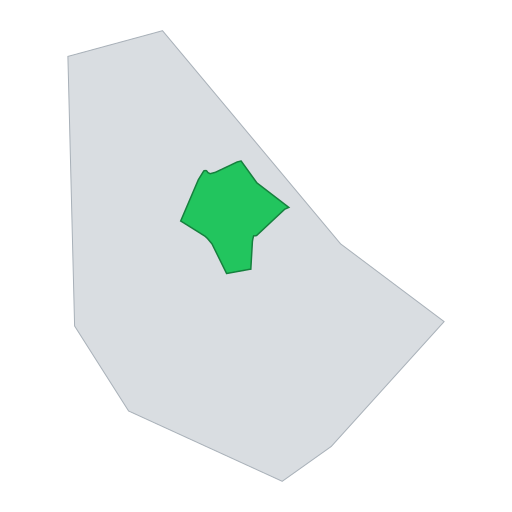 location of Saint Joseph within Barbados
{"feature_id": "BRB-1994", "entity_name": "Saint Joseph", "entity_type": "Parish", "adm_level": 1, "iso_a3": "BRB", "parent_name": "Barbados", "parent_adm1": "", "projection": "mercator", "projection_center": [-59.553, 13.212], "detail": "fine", "context": "in_parent", "style": "filled", "palette": "green", "viewbox_px": 512, "rotation_deg": 0, "n_neighbors": 0, "source": "natural_earth", "source_scale": "10m", "svg_char_len": 658}
<svg xmlns="http://www.w3.org/2000/svg" viewBox="0 0 512 512"><path d="M331.3,446.4L282.2,481.3L128.6,411.0L74.6,326.0L67.9,56.4L162.5,30.7L340.6,243.9L444.1,321.6L331.3,446.4Z" fill="#d9dde1" stroke="#a8b0b8" stroke-width="1"/><path d="M241.1,161.0L256.9,182.9L288.8,207.4L284.7,209.2L256.6,235.5L255.8,235.7L255.1,235.8L253.6,235.8L252.8,239.1L252.4,241.6L250.8,269.2L249.6,269.3L226.6,273.5L212.0,243.9L207.4,238.4L205.0,236.2L180.7,221.0L198.4,179.6L203.8,170.9L204.8,170.6L205.5,170.6L206.1,170.6L206.6,170.9L207.0,171.3L207.6,172.2L208.1,172.7L210.2,173.7L215.4,172.3L237.1,162.0L241.1,161.0Z" fill="#22c55e" stroke="#15803d" stroke-width="1.5"/></svg>